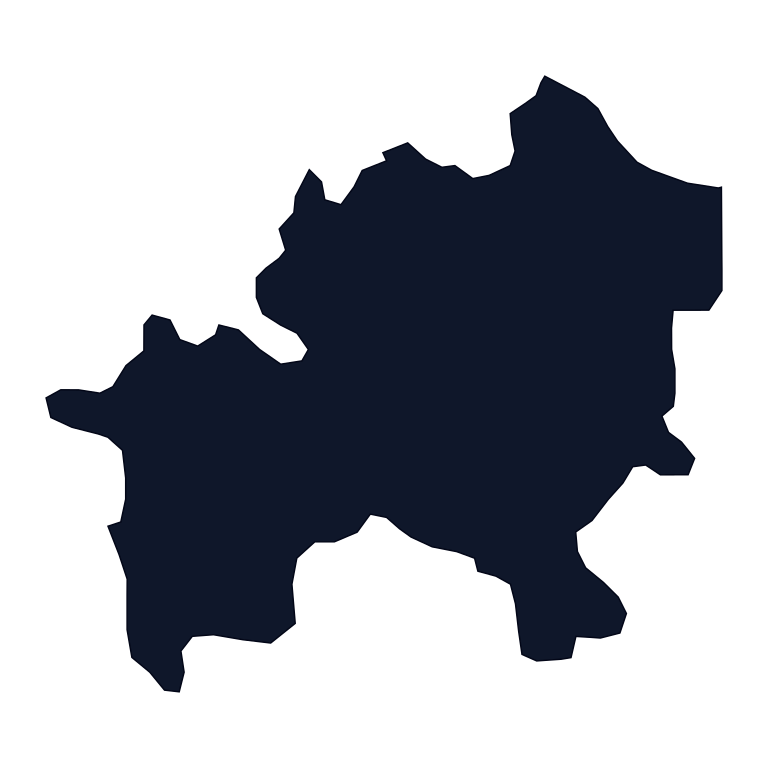 the district of Mungyeong-si, North Gyeongsang, South Korea
{"feature_id": "91817680B43065782555772", "entity_name": "Mungyeong-si", "entity_type": "district", "adm_level": 2, "iso_a3": "KOR", "parent_name": "South Korea", "parent_adm1": "North Gyeongsang", "projection": "orthographic", "projection_center": [128.138, 36.686], "detail": "fine", "context": "isolated", "style": "filled", "palette": "ink", "viewbox_px": 768, "rotation_deg": 0, "n_neighbors": 0, "source": "geoboundaries", "source_scale": "gbopen_adm2", "svg_char_len": 1813}
<svg xmlns="http://www.w3.org/2000/svg" viewBox="0 0 768 768"><path d="M309.3,169.7L295.5,196.5L293.9,212.8L279.2,229.0L285.7,250.2L279.2,258.3L266.1,268.1L256.4,277.8L256.4,297.4L262.8,313.7L280.7,325.1L297.0,333.2L308.4,349.5L301.9,360.9L280.7,364.2L259.6,349.5L238.4,329.9L218.9,325.0L215.6,334.8L197.7,346.1L179.8,339.6L170.0,320.0L152.1,315.1L144.0,324.9L143.9,350.9L126.0,365.6L112.9,386.7L99.9,393.2L78.7,389.9L60.8,389.8L46.1,397.9L50.9,417.5L72.1,427.3L98.1,433.9L107.9,437.2L122.5,450.3L125.7,478.0L125.7,499.2L120.8,522.0L108.0,526.2L119.1,554.6L127.2,579.1L127.1,595.4L127.1,615.0L127.1,629.7L131.9,657.4L149.8,672.2L164.5,690.1L179.2,691.8L184.1,672.2L180.9,651.0L192.3,636.3L213.5,634.7L242.9,639.7L270.7,643.0L295.2,623.4L291.9,584.2L296.8,558.1L314.8,541.8L334.4,541.8L357.2,532.1L370.3,514.1L386.6,517.4L399.6,528.8L411.0,537.0L432.2,546.8L456.7,551.6L474.6,558.2L477.9,571.2L495.9,576.1L510.5,584.2L515.5,603.8L518.7,631.5L522.0,654.4L536.7,660.9L561.2,659.2L571.0,657.6L575.9,636.4L590.7,637.3L600.4,638.0L619.9,633.0L626.4,613.5L618.2,597.1L603.5,582.5L585.6,567.8L577.4,551.5L575.7,532.0L592.0,520.5L608.3,499.3L622.9,483.0L632.7,466.7L645.7,465.0L660.4,474.8L688.1,474.7L694.6,458.4L681.5,442.1L668.5,432.4L661.9,416.1L673.3,406.3L674.9,393.2L674.9,368.8L671.6,349.3L671.5,328.1L673.1,310.2L692.7,310.2L708.9,310.1L721.9,290.5L721.9,277.5L721.9,269.4L721.8,258.0L721.4,187.2L718.4,188.0L687.5,183.2L651.7,170.3L637.0,162.2L617.5,141.1L607.7,126.5L597.9,108.6L584.9,97.2L544.8,76.2L541.0,82.7L536.1,95.7L524.8,103.8L510.2,113.6L511.8,134.7L515.1,151.0L510.2,165.6L489.1,175.4L472.8,178.6L454.9,165.6L441.9,167.3L425.6,159.1L407.7,142.9L382.9,152.7L386.6,160.8L362.2,170.5L354.1,186.8L341.0,204.7L324.8,199.8L321.5,181.9L309.3,169.7Z" fill="#0f172a" stroke="#020617" stroke-width="1.5"/></svg>